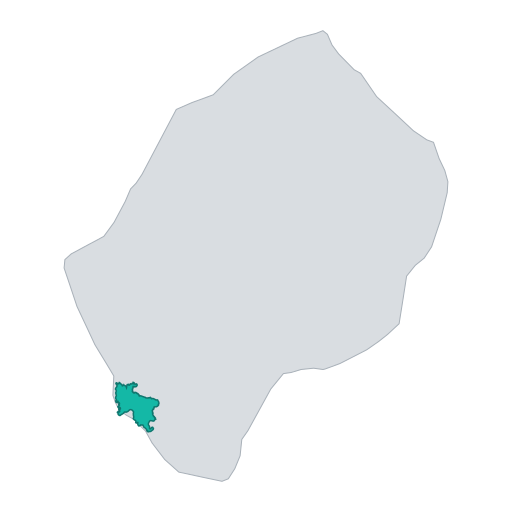 Khoelenya, Mohale's Hoek, Lesotho shown in context
{"feature_id": "5366337B9644670448784", "entity_name": "Khoelenya", "entity_type": "district", "adm_level": 2, "iso_a3": "LSO", "parent_name": "Lesotho", "parent_adm1": "Mohale's Hoek", "projection": "equal_earth", "projection_center": [27.429, -30.302], "detail": "fine", "context": "in_parent", "style": "filled", "palette": "teal", "viewbox_px": 512, "rotation_deg": 0, "n_neighbors": 0, "source": "geoboundaries", "source_scale": "gbopen_adm2", "svg_char_len": 6498}
<svg xmlns="http://www.w3.org/2000/svg" viewBox="0 0 512 512"><path d="M339.8,363.6L325.1,369.0L323.0,369.5L313.6,368.2L301.0,369.5L291.1,372.5L283.4,373.6L270.8,389.0L247.9,430.7L241.8,439.4L240.1,455.8L234.8,468.7L228.3,478.8L222.0,481.3L203.0,477.3L178.8,472.1L164.7,459.5L152.1,443.0L145.5,431.0L138.6,424.4L136.2,420.7L126.3,415.2L122.6,412.3L119.3,410.3L115.3,402.3L112.9,395.3L113.8,376.0L106.9,364.4L94.9,344.7L87.4,328.6L77.0,306.5L70.7,287.6L64.1,268.0L64.9,259.6L71.2,253.9L89.6,244.0L103.8,236.4L114.1,222.3L125.2,201.5L130.6,188.9L136.1,183.2L142.0,174.4L152.4,154.7L163.9,132.9L176.3,109.4L191.9,102.6L213.2,94.8L233.7,74.3L258.1,57.0L297.6,38.2L316.0,33.4L322.9,30.7L327.4,34.3L332.0,45.0L338.7,54.0L354.1,69.7L360.7,73.4L376.6,96.6L393.7,112.4L413.3,130.7L426.7,139.8L433.5,142.3L439.1,158.5L444.8,170.5L447.9,181.7L447.2,192.7L440.8,219.4L431.6,246.8L424.2,258.1L415.3,265.3L406.6,276.1L403.2,298.0L399.1,323.7L387.7,334.3L378.9,341.3L366.7,349.8L339.8,363.6Z" fill="#d9dde1" stroke="#a8b0b8" stroke-width="1"/><path d="M151.2,431.1L151.7,430.7L153.1,429.6L153.2,429.2L153.4,428.8L153.4,428.3L153.0,427.9L152.7,427.3L152.4,427.2L151.6,427.5L150.5,428.8L150.1,428.9L149.5,428.7L149.5,428.3L149.5,426.7L149.4,426.2L148.6,425.3L148.4,424.6L148.4,423.8L148.4,423.4L148.5,423.1L149.0,422.1L149.7,421.0L149.9,420.8L150.3,420.6L150.7,420.6L151.0,420.7L151.6,420.7L152.2,420.8L153.0,421.1L153.8,421.0L154.2,420.7L154.3,420.3L154.9,419.8L155.2,419.4L155.4,419.3L155.1,419.1L155.0,418.9L155.1,418.5L155.0,418.1L155.3,418.0L154.9,417.5L154.7,417.6L154.5,417.0L154.3,416.7L154.1,416.8L153.9,416.4L153.5,416.2L153.5,415.9L153.2,415.2L152.9,415.0L152.8,414.8L152.6,414.0L152.7,413.8L152.7,413.5L152.8,413.4L153.0,413.3L153.0,413.2L152.7,413.2L152.5,412.9L152.7,412.6L152.6,412.3L152.5,411.7L152.5,411.2L152.2,410.9L152.2,410.6L152.3,410.4L153.0,409.7L152.9,409.3L153.1,409.2L153.2,409.5L153.3,409.4L153.4,408.9L153.5,408.8L153.8,408.8L153.8,408.3L153.8,408.1L154.1,407.8L154.1,407.6L154.0,407.4L154.0,407.2L154.3,407.2L154.5,406.9L154.8,406.7L155.4,406.8L156.3,406.8L156.5,406.6L157.0,406.5L157.2,406.3L157.5,406.2L158.1,405.6L158.1,405.2L158.3,405.2L158.5,405.1L158.5,404.7L158.5,404.1L158.8,403.9L158.9,403.6L158.8,403.3L158.9,403.0L158.7,402.2L158.5,401.8L158.5,401.5L158.4,401.4L158.2,401.2L157.6,400.0L157.4,400.1L157.1,400.0L155.9,399.9L155.7,399.7L155.4,399.7L155.1,399.6L154.7,399.2L154.0,398.9L153.6,398.7L153.4,398.7L153.0,398.5L152.6,398.5L151.5,398.7L151.1,398.0L150.6,397.9L150.2,397.4L149.9,397.7L149.4,397.7L149.2,397.9L148.8,397.8L148.2,397.8L148.0,398.1L145.9,397.9L145.0,397.2L144.8,397.3L144.1,397.0L141.3,396.0L140.6,395.8L140.2,395.9L139.9,395.8L139.7,395.7L139.4,395.7L139.2,395.9L139.0,395.6L139.0,395.2L139.0,394.8L138.6,394.4L138.0,394.0L138.0,393.7L137.8,393.6L137.5,393.3L137.3,393.3L137.1,393.3L137.2,393.6L136.4,393.2L136.2,392.6L135.9,392.6L135.5,392.4L134.9,392.3L134.6,392.8L134.4,392.9L134.2,393.0L134.1,392.8L133.6,392.8L133.4,392.6L133.1,392.5L133.0,392.3L133.0,392.1L132.8,391.9L132.6,391.8L132.5,391.6L132.7,391.3L132.5,391.2L132.4,391.2L132.5,390.8L132.5,390.1L132.4,389.9L132.5,389.7L132.3,389.4L132.3,389.2L132.5,389.1L132.7,388.8L132.7,388.6L132.9,388.3L133.0,387.9L132.9,387.6L133.0,387.3L132.9,387.0L133.1,386.6L133.3,386.9L134.2,386.9L134.3,386.7L134.5,386.8L134.6,386.7L135.0,386.5L135.3,386.8L136.4,386.5L137.1,385.4L137.1,384.7L136.7,384.0L136.5,383.9L136.3,383.9L135.8,384.1L135.5,384.0L135.4,384.1L135.2,384.0L134.8,384.1L134.5,383.8L134.2,383.9L134.0,383.1L133.8,382.8L133.9,382.6L133.6,382.5L133.7,382.8L133.7,383.1L133.4,383.3L133.2,383.7L132.7,383.6L132.3,383.2L132.2,383.3L132.2,383.5L132.0,383.8L131.9,383.8L131.6,383.9L131.3,384.0L130.7,384.0L130.4,383.8L130.0,384.2L130.0,384.4L129.7,384.9L129.4,385.1L129.2,385.2L128.9,385.2L128.5,384.7L128.3,384.3L128.2,384.3L127.7,384.5L127.3,384.7L127.2,384.7L127.2,385.0L126.6,386.1L126.6,387.3L126.5,387.7L126.1,386.6L125.8,386.2L125.5,385.9L124.2,385.4L123.8,384.8L123.5,385.4L123.2,385.5L122.9,385.5L122.4,385.8L122.3,385.4L122.0,385.1L122.1,384.9L121.9,384.6L121.7,384.5L121.7,384.4L121.4,384.2L121.1,384.1L120.5,383.8L120.4,383.7L120.3,383.4L120.1,383.3L120.0,383.2L119.9,382.9L119.4,382.5L119.2,382.5L119.1,382.8L119.0,383.3L118.9,383.5L118.7,383.8L118.1,383.8L116.6,382.8L116.3,382.8L116.1,383.0L115.9,383.5L116.2,384.1L116.5,384.6L117.0,384.6L117.0,385.2L117.0,385.8L116.9,386.5L116.5,387.2L115.9,387.9L115.6,388.5L115.5,388.9L115.5,389.2L115.8,389.5L116.2,390.5L116.3,391.0L116.2,391.3L116.1,391.9L115.8,392.6L115.7,392.9L115.7,393.1L116.0,393.7L116.0,394.3L116.3,395.3L116.3,395.6L116.3,396.1L115.9,396.6L115.6,397.6L115.6,397.9L115.6,398.2L115.8,398.7L115.9,399.0L116.3,399.3L116.4,399.6L116.3,400.3L115.8,400.8L115.7,400.9L115.7,401.1L116.1,402.2L116.9,402.6L117.1,402.5L117.3,402.4L117.4,402.2L117.4,401.7L117.7,401.2L117.9,401.2L118.2,401.9L118.3,402.6L118.3,402.9L118.6,403.0L119.1,402.8L119.4,403.2L119.5,403.4L119.4,403.6L119.1,404.1L118.8,404.3L118.7,404.5L118.8,404.8L119.0,405.0L119.4,405.1L119.4,405.3L118.8,406.0L118.4,406.1L118.2,406.3L117.9,406.6L117.9,406.8L118.1,407.1L118.5,407.7L119.1,407.5L119.8,407.5L120.1,407.6L120.3,408.0L120.4,408.5L120.4,408.9L120.2,409.1L119.9,409.0L119.6,408.7L119.1,408.6L118.9,408.8L118.8,409.2L118.8,409.5L119.3,410.1L119.8,410.9L119.8,411.2L119.6,411.7L119.2,412.0L118.9,411.9L118.8,411.2L118.7,411.1L118.3,411.3L118.0,411.7L117.4,412.2L117.4,412.6L117.8,412.8L118.1,413.2L118.1,413.9L118.2,414.4L118.3,414.6L118.5,414.8L119.3,415.4L119.8,415.5L120.0,415.5L120.3,415.4L121.1,414.7L122.9,413.7L123.5,413.2L124.4,412.1L124.6,412.0L125.3,412.0L125.6,412.1L126.3,412.1L127.1,411.8L127.8,411.5L128.4,411.0L129.4,410.0L130.2,409.6L131.2,409.7L132.1,410.1L133.3,411.4L133.5,411.7L133.5,411.9L133.5,412.7L133.3,413.4L133.3,413.6L133.4,415.3L133.7,416.7L133.7,417.5L133.4,418.0L133.3,418.3L133.3,418.6L133.4,418.9L134.4,419.9L135.3,420.3L135.8,420.9L135.8,421.1L135.9,421.8L135.9,422.1L135.7,422.5L135.8,422.7L136.3,423.0L136.7,423.0L137.5,422.4L137.8,422.4L137.9,422.8L137.7,423.3L137.6,423.8L138.1,425.1L138.4,425.6L138.7,425.9L139.0,425.8L139.3,425.9L139.7,425.8L140.0,425.5L140.3,425.4L140.7,424.9L140.9,424.9L142.0,425.1L142.5,425.0L142.9,425.1L143.1,425.2L143.2,425.5L143.7,426.9L143.8,427.1L144.9,427.8L146.6,429.5L146.6,430.0L146.9,430.5L146.9,430.9L147.1,431.1L147.2,430.6L147.5,430.6L147.7,430.9L147.6,431.1L147.9,431.6L148.3,431.8L148.8,431.8L149.7,431.4L150.6,431.5L151.2,431.1Z" fill="#14b8a6" stroke="#0f766e" stroke-width="1.5"/></svg>